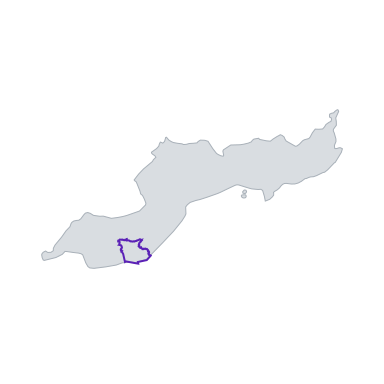 Machinga, Machinga, Malawi shown in context, rotated 78°
{"feature_id": "42251766B63150381936487", "entity_name": "Machinga", "entity_type": "district", "adm_level": 2, "iso_a3": "MWI", "parent_name": "Malawi", "parent_adm1": "Machinga", "projection": "robinson", "projection_center": [35.39, -14.905], "detail": "fine", "context": "in_parent", "style": "outline", "palette": "violet", "viewbox_px": 384, "rotation_deg": 78, "n_neighbors": 0, "source": "geoboundaries", "source_scale": "gbopen_adm2", "svg_char_len": 6713}
<svg xmlns="http://www.w3.org/2000/svg" viewBox="0 0 384 384"><g transform="rotate(78 192 192)"><path d="M152.4,223.1L150.5,220.1L148.8,220.8L146.6,222.9L145.4,223.5L144.8,223.4L144.4,222.9L143.9,221.6L142.2,217.7L140.3,215.0L138.2,213.9L136.6,212.6L137.3,211.4L138.1,210.5L137.7,209.6L136.8,208.3L133.2,206.4L133.1,205.6L136.3,203.9L138.3,201.9L139.7,200.0L141.4,195.9L142.8,191.8L143.8,190.4L144.2,187.7L144.0,184.6L144.6,180.7L145.0,176.9L143.9,175.5L143.0,173.0L144.1,168.7L145.7,165.8L153.8,162.7L159.4,160.0L160.6,158.8L162.5,156.4L163.5,154.1L162.8,153.4L158.4,153.3L157.3,152.5L154.1,144.3L155.8,135.1L156.0,131.4L155.9,126.9L155.3,123.6L154.0,122.2L153.1,120.4L153.3,115.6L154.6,115.0L157.4,108.6L158.6,104.8L157.1,101.8L155.5,97.5L154.7,94.7L154.3,93.8L155.4,92.1L157.3,90.5L159.5,90.1L161.7,89.3L168.8,81.3L168.8,79.8L167.6,77.1L164.9,73.1L164.3,71.4L164.0,66.6L162.9,65.1L159.1,61.9L156.1,58.4L157.0,54.9L157.5,51.1L156.0,49.0L153.8,46.9L152.4,43.7L151.8,41.4L150.1,40.4L148.5,40.4L147.3,41.9L146.1,41.7L144.5,41.2L144.0,39.2L144.0,37.0L142.9,35.5L141.9,33.4L141.8,32.3L142.4,32.0L143.7,31.8L149.4,36.0L152.9,36.2L156.7,36.9L160.0,40.6L161.7,41.1L163.9,40.6L170.1,40.2L172.6,40.7L175.8,42.9L177.1,43.2L179.1,43.3L179.4,42.7L179.6,41.4L179.3,38.8L179.7,37.4L181.0,35.9L184.3,37.7L192.8,45.7L193.1,46.8L198.5,54.7L200.2,58.1L200.2,59.9L201.9,66.8L202.3,70.1L201.9,72.6L202.0,74.6L202.6,77.4L202.4,78.6L204.3,82.8L205.3,86.3L205.5,89.7L204.9,93.0L203.2,97.9L202.9,99.8L203.3,101.6L204.4,103.5L206.2,105.6L207.6,108.1L208.6,111.1L209.4,112.4L210.3,112.4L212.1,112.8L213.6,114.6L215.3,117.5L215.9,120.8L216.1,122.2L211.3,122.1L205.2,122.6L203.7,124.0L203.3,126.8L201.4,132.8L200.3,135.0L198.1,139.0L194.9,144.7L194.3,146.5L194.4,148.4L196.2,156.1L198.2,164.2L198.8,167.3L200.2,178.0L201.0,185.6L201.1,190.1L201.8,196.0L203.5,199.2L205.3,201.3L212.2,202.5L214.2,204.0L218.1,207.8L226.6,218.3L231.2,225.0L235.3,230.9L242.6,241.8L248.3,250.3L249.0,258.3L250.0,259.5L248.1,265.4L246.8,274.9L247.7,281.3L247.3,292.1L246.3,303.7L245.0,307.8L243.3,309.3L239.3,310.6L230.6,312.0L229.3,313.4L228.2,315.6L226.4,320.9L224.4,326.3L223.7,328.6L224.1,329.1L226.0,331.8L227.8,338.8L228.2,350.8L227.5,351.7L225.0,352.2L222.2,352.1L221.0,351.4L220.0,350.0L219.3,347.5L221.1,345.7L221.7,342.6L220.6,339.9L218.2,339.3L215.3,336.9L209.0,328.9L203.7,323.2L200.6,318.6L197.5,316.7L196.6,315.6L195.8,313.6L195.8,310.8L196.1,308.7L195.1,306.3L191.9,302.7L190.5,300.7L190.4,298.3L191.7,296.0L194.4,293.2L196.5,287.4L197.2,283.7L201.0,276.3L201.5,269.8L201.6,264.6L201.4,260.7L200.4,252.8L199.7,247.3L195.0,240.1L193.4,239.4L188.9,240.1L185.1,241.1L183.2,242.6L180.3,242.7L172.7,244.0L170.4,244.5L169.0,245.8L168.2,246.1L163.4,240.5L159.3,234.5L153.9,224.3L152.4,223.1ZM207.4,144.3L206.1,144.6L205.3,143.9L205.5,141.7L206.0,140.1L207.2,139.8L208.1,140.2L208.7,141.0L208.7,142.1L208.4,143.3L207.4,144.3ZM204.6,140.3L203.8,142.4L202.3,142.4L200.9,140.5L201.4,138.9L202.7,138.5L203.9,139.1L204.6,140.3Z" fill="#d9dde1" stroke="#a8b0b8" stroke-width="1"/><path d="M223.5,272.5L223.7,272.8L223.8,272.8L224.0,273.2L224.0,273.3L224.1,273.5L224.1,273.8L224.3,273.8L224.5,274.0L224.8,274.1L224.8,274.3L224.8,274.5L225.0,274.5L225.0,274.4L225.1,274.2L225.1,273.9L225.3,273.6L225.5,273.4L225.7,273.2L225.8,273.2L226.1,273.2L226.5,273.4L227.4,273.7L227.5,273.8L227.8,273.7L228.2,273.7L228.3,273.8L228.5,274.1L228.6,274.3L228.8,273.9L228.9,273.3L229.0,273.2L229.2,272.9L229.3,272.6L229.6,272.4L229.8,272.4L230.1,272.2L230.4,272.3L230.5,272.3L230.8,272.1L231.0,272.1L231.3,272.1L231.7,272.1L231.8,272.1L232.0,272.4L232.4,272.5L232.6,272.8L232.8,272.9L233.0,273.0L233.1,273.3L233.1,273.5L233.3,273.6L233.5,273.5L233.8,273.5L234.0,273.6L234.2,273.4L234.2,273.5L234.4,273.6L234.5,273.6L234.7,273.4L234.8,273.3L235.1,273.4L235.2,273.5L235.3,273.5L235.2,273.3L235.2,273.2L235.3,273.2L235.4,273.3L235.5,273.3L235.8,273.0L236.2,272.7L236.4,272.7L236.6,272.8L238.3,272.2L240.5,272.2L246.5,272.1L246.2,270.9L249.1,264.0L250.9,259.5L249.2,259.5L249.2,259.3L249.2,251.8L249.2,250.4L245.6,245.5L245.4,245.6L245.4,245.8L245.2,245.9L245.2,246.0L245.0,246.3L245.0,246.5L244.9,246.6L244.9,246.8L244.8,247.0L244.7,247.0L244.7,246.9L244.4,246.9L244.3,247.0L244.2,247.1L244.0,246.9L243.9,246.9L243.7,246.9L243.3,247.0L243.2,247.2L242.6,246.8L242.5,247.0L242.3,246.8L242.1,246.8L242.0,246.7L241.8,246.7L241.7,246.7L241.6,246.8L241.5,246.6L241.4,246.6L241.2,246.8L241.1,246.7L241.0,246.8L240.8,246.8L240.7,246.9L240.7,247.0L240.5,247.4L240.3,247.4L240.2,247.3L240.0,247.1L239.9,247.1L239.7,247.1L239.4,247.3L239.2,247.5L238.8,247.7L238.7,247.7L238.4,247.9L238.4,248.0L238.5,248.2L238.5,248.3L238.4,248.5L238.3,248.8L238.1,248.9L238.1,249.0L237.8,249.1L237.7,249.3L237.6,249.5L237.7,249.9L237.7,250.2L237.8,250.4L237.8,250.6L237.8,250.9L237.7,250.9L237.8,251.9L237.7,252.0L237.4,251.9L237.4,252.0L237.4,252.4L237.2,252.4L237.1,252.5L236.9,252.6L236.6,252.9L236.4,253.1L236.2,253.2L235.9,253.2L235.8,253.3L235.8,253.5L235.8,253.8L235.7,253.8L235.6,254.2L235.7,254.3L235.5,254.5L235.4,254.5L235.3,254.4L235.3,254.5L235.2,254.5L235.0,254.9L234.8,255.0L234.6,255.1L234.4,255.2L234.2,255.3L234.0,255.5L233.7,255.4L233.5,255.1L233.3,255.0L233.4,254.9L233.3,254.7L233.2,254.7L233.1,254.8L232.9,254.8L232.7,254.8L232.6,255.0L232.4,255.0L232.1,254.5L232.0,254.4L231.8,254.4L231.8,254.5L231.7,254.5L231.3,254.4L231.2,254.4L231.0,254.2L230.7,253.8L230.6,253.6L230.5,253.4L230.1,253.1L230.1,252.8L230.0,252.7L229.9,252.4L229.6,252.3L229.6,252.2L229.4,251.9L229.2,251.9L229.0,251.6L228.8,251.5L228.7,251.5L228.7,251.4L228.5,251.5L228.5,251.4L228.3,251.2L228.3,251.5L228.2,251.8L228.1,252.0L227.7,252.4L227.4,252.7L227.4,252.9L227.5,253.1L227.6,253.3L227.6,253.6L227.7,253.8L227.8,254.0L227.9,254.3L227.9,254.9L227.9,255.2L227.9,255.6L227.9,255.8L228.2,256.0L228.3,256.2L228.3,256.9L228.3,257.0L228.2,257.2L228.2,257.3L228.3,257.7L228.3,257.9L228.4,258.2L228.5,258.5L228.4,258.8L228.2,258.9L228.1,259.0L228.2,259.4L228.1,259.7L228.2,260.1L228.2,260.3L228.0,260.6L227.9,261.2L227.6,261.7L227.5,261.8L227.5,262.0L227.5,262.3L227.5,262.6L227.4,262.7L227.2,262.7L227.1,262.8L226.9,263.0L226.5,263.4L226.4,263.6L226.2,263.9L226.2,264.1L226.0,264.6L226.0,264.9L226.0,265.0L225.9,265.1L225.9,265.3L225.8,265.6L225.8,265.8L225.7,265.8L225.3,265.8L225.2,265.9L224.9,265.7L224.4,265.6L224.4,265.8L224.5,265.9L224.6,266.0L224.8,266.1L224.8,266.3L225.0,266.5L224.9,266.9L225.0,266.9L225.2,267.0L225.3,267.2L225.3,267.5L225.2,267.8L225.1,268.2L225.0,268.6L224.7,268.8L224.5,269.3L224.3,269.5L224.2,269.6L224.1,269.9L224.2,270.0L224.3,270.1L224.3,270.3L224.2,270.5L224.0,270.9L223.9,271.0L223.8,271.5L223.8,271.8L223.7,272.0L223.5,272.5Z" fill="none" stroke="#5b21b6" stroke-width="2"/></g></svg>